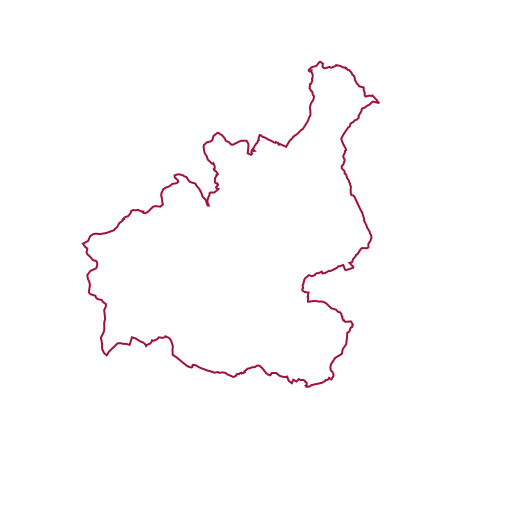 Buciumi, Salaj, Romania, rotated 153°
{"feature_id": "2599482B81271607530384", "entity_name": "Buciumi", "entity_type": "district", "adm_level": 2, "iso_a3": "ROU", "parent_name": "Romania", "parent_adm1": "Salaj", "projection": "mercator", "projection_center": [23.014, 47.038], "detail": "fine", "context": "isolated", "style": "outline", "palette": "rose", "viewbox_px": 512, "rotation_deg": 153, "n_neighbors": 0, "source": "geoboundaries", "source_scale": "gbopen_adm2", "svg_char_len": 6130}
<svg xmlns="http://www.w3.org/2000/svg" viewBox="0 0 512 512"><g transform="rotate(153 256 256)"><path d="M404.6,345.6L404.0,341.3L403.2,340.2L403.1,338.8L405.3,336.3L405.5,334.1L404.1,330.6L403.1,326.2L400.9,324.5L400.5,323.5L401.0,320.9L402.4,319.0L404.0,317.6L410.2,317.9L415.0,315.6L416.2,311.8L416.2,309.0L417.1,305.6L421.2,299.9L421.3,298.1L420.8,297.1L417.1,293.4L417.5,291.7L416.8,289.7L413.5,286.9L413.1,284.1L411.7,281.7L411.8,280.5L412.6,279.3L415.8,276.8L418.9,268.6L421.8,265.1L424.4,259.6L426.3,257.3L431.3,253.6L432.9,247.8L435.3,243.0L435.4,238.4L434.1,235.3L430.3,237.6L419.0,241.0L416.1,239.8L414.9,238.5L411.2,236.3L408.9,234.2L403.4,239.9L400.6,237.1L397.7,232.1L395.6,229.9L394.6,226.7L394.8,225.7L392.9,226.3L390.1,226.0L387.8,227.0L387.0,228.1L385.5,226.9L382.2,226.7L379.4,227.6L376.2,225.4L373.4,225.1L373.1,225.5L370.7,222.5L370.1,219.3L370.9,213.7L373.1,210.1L375.1,205.7L373.0,202.1L367.3,189.1L366.4,188.5L366.4,188.0L365.3,186.9L364.1,186.0L363.2,186.0L361.9,187.7L359.5,186.2L356.6,181.9L350.7,175.4L348.7,174.0L348.1,172.8L347.3,172.6L346.1,170.9L342.6,169.9L342.1,168.8L338.5,167.4L337.2,166.4L335.8,165.0L335.5,163.8L331.0,158.4L327.8,158.4L327.1,159.4L326.5,159.5L324.8,158.4L323.4,158.9L322.1,158.6L322.1,157.8L319.4,157.4L318.7,157.5L318.6,158.5L314.3,159.4L312.5,158.8L310.3,158.7L307.4,157.5L305.2,157.9L303.3,157.2L302.4,156.0L301.3,153.1L300.2,147.4L299.4,145.2L297.4,143.2L295.2,144.6L291.1,142.6L289.7,139.1L288.1,137.1L284.2,134.4L283.2,134.6L283.0,133.5L283.4,131.9L283.4,129.6L281.8,126.4L278.9,128.8L277.0,125.8L273.7,126.8L272.7,125.3L270.4,124.3L269.2,122.8L269.2,121.2L268.4,120.4L268.6,119.4L269.4,118.1L270.5,117.9L270.1,117.4L270.5,116.7L269.7,116.1L267.3,115.4L265.1,115.8L255.1,113.1L251.0,113.3L250.3,113.8L248.4,113.2L247.4,113.3L246.2,114.2L245.0,111.9L241.9,113.5L240.8,114.9L240.5,117.8L241.3,120.2L240.1,123.4L238.3,125.5L231.7,129.3L224.0,129.8L221.0,133.6L215.7,136.5L211.1,143.3L209.6,146.1L207.1,146.3L204.4,149.0L202.3,149.2L201.8,150.4L200.8,150.8L201.2,154.7L206.0,156.6L206.5,157.1L206.6,158.6L207.4,158.8L207.3,161.8L206.6,162.5L206.7,163.9L206.3,165.2L206.6,167.6L208.1,168.8L209.1,171.9L212.7,175.4L214.9,181.8L216.1,183.8L218.5,185.9L220.1,186.5L223.9,189.3L230.4,191.6L228.1,195.9L228.5,196.3L225.8,199.5L228.8,201.7L230.3,204.1L230.1,205.2L228.6,206.1L228.0,208.2L227.1,209.4L226.2,209.7L225.3,211.4L224.5,211.7L224.1,212.6L222.7,213.7L217.4,214.9L215.6,212.8L214.6,212.5L212.2,212.3L211.5,212.9L209.8,213.1L207.8,212.3L204.5,212.2L204.7,210.3L201.9,209.4L197.6,209.7L196.6,208.8L190.0,208.7L187.0,209.4L186.0,208.8L182.3,208.4L182.9,203.4L181.7,202.5L175.1,201.4L174.2,202.1L175.8,207.4L173.1,206.9L170.8,209.2L167.7,210.4L166.3,211.6L164.8,211.5L159.4,214.7L157.8,214.9L154.0,212.7L152.0,212.6L150.3,215.9L147.5,217.3L144.7,219.9L144.0,222.5L144.2,224.5L143.7,226.0L144.1,231.3L143.7,233.0L143.6,239.0L142.9,239.8L141.6,246.8L141.9,248.0L141.4,264.4L142.0,265.8L143.4,267.3L142.8,269.6L140.8,273.5L139.9,274.5L139.9,276.7L139.3,277.9L139.4,280.0L139.0,281.5L139.5,284.1L138.7,287.7L139.6,289.3L138.7,290.9L138.7,292.1L139.6,294.3L139.6,295.6L138.6,297.3L136.7,297.8L133.4,301.2L133.2,304.8L132.7,305.5L129.6,308.1L129.0,309.2L127.5,309.6L127.3,310.6L127.5,316.4L127.0,321.3L126.3,322.2L122.7,324.7L115.7,328.6L113.8,328.8L111.5,331.1L108.1,331.3L106.3,332.1L104.5,331.7L101.6,332.6L100.9,334.4L96.4,337.2L94.7,339.3L92.7,338.8L88.2,339.5L86.8,339.2L81.9,340.6L76.6,336.2L77.3,337.4L77.6,339.8L79.4,346.2L80.2,346.1L82.4,347.5L86.1,348.4L86.1,350.1L84.9,352.3L84.8,354.6L83.6,357.3L87.2,360.5L87.1,362.0L87.8,363.7L87.9,367.6L87.1,370.3L87.0,372.0L87.8,374.1L87.7,376.4L88.4,378.0L88.5,379.3L89.5,379.9L90.0,380.8L90.2,382.3L91.0,382.5L90.9,383.4L92.9,384.6L94.5,387.0L97.9,389.7L98.5,389.1L103.6,389.6L104.7,391.1L108.8,391.8L110.1,392.5L110.7,393.7L110.7,394.5L109.8,396.2L109.0,396.8L110.4,399.7L111.2,400.1L115.9,398.0L120.4,398.9L124.2,398.0L124.9,397.2L124.2,395.9L122.3,396.1L123.0,394.8L123.2,391.6L125.0,388.7L125.6,388.5L126.4,386.5L128.5,384.7L129.5,384.2L129.9,384.5L132.2,381.0L131.9,379.4L132.1,378.3L131.3,376.8L132.1,374.2L132.1,373.3L131.7,372.1L134.1,369.0L136.7,367.7L139.1,365.7L140.9,363.2L141.2,361.7L143.6,356.7L146.3,354.9L148.2,352.9L156.4,348.0L159.3,347.6L163.3,346.1L168.6,345.4L170.0,344.5L174.1,343.2L179.6,339.6L183.7,344.7L185.1,344.7L185.2,345.6L184.7,346.1L186.5,348.5L187.3,348.0L188.5,349.2L190.4,352.1L192.2,354.1L194.1,357.3L196.4,359.7L196.7,361.1L197.8,362.1L200.0,360.0L200.7,359.0L200.7,358.0L202.1,357.8L203.3,356.3L204.9,356.0L208.1,354.1L208.5,353.6L210.2,353.0L210.1,351.8L209.5,350.3L210.3,350.5L211.8,352.0L213.1,350.7L212.9,348.9L214.6,348.5L216.8,351.2L212.4,358.1L211.9,359.7L212.1,363.0L217.3,365.6L226.0,365.6L227.5,366.5L228.4,369.8L230.6,372.3L230.5,375.1L231.4,379.1L232.9,381.1L233.5,382.7L234.4,383.2L239.3,382.3L242.5,378.9L245.2,378.8L247.9,379.6L252.1,378.5L253.1,377.2L254.9,371.7L254.9,369.0L254.6,367.0L255.2,364.0L253.2,358.1L251.8,358.1L252.1,354.6L253.2,352.6L254.1,352.7L254.4,351.6L253.2,349.4L252.7,346.4L254.5,346.1L254.4,345.5L256.8,344.3L258.7,341.5L259.1,339.7L257.7,338.4L257.9,337.8L257.3,337.0L257.7,336.4L260.4,335.4L260.4,334.3L259.1,332.7L264.5,331.5L267.6,333.2L268.8,333.1L269.7,331.6L272.4,329.4L274.5,327.0L275.1,324.5L275.2,322.4L276.0,322.7L276.2,323.3L275.4,328.5L275.5,329.7L276.7,332.7L276.0,337.4L276.2,342.0L277.2,346.0L277.1,347.3L277.3,348.2L281.3,352.0L281.8,353.9L282.1,357.9L283.8,359.6L284.4,361.0L287.1,363.5L289.6,364.5L292.0,364.7L292.8,362.9L291.3,359.2L291.5,357.4L293.6,356.9L297.8,358.2L301.9,357.4L305.2,357.9L308.4,357.6L312.1,354.5L313.0,352.9L314.1,348.9L315.2,346.3L315.3,344.6L315.8,344.0L317.5,343.9L318.7,343.3L322.5,345.8L325.1,346.7L332.5,344.4L335.0,344.4L336.5,345.1L337.2,346.7L336.5,347.0L338.1,348.0L340.3,350.8L342.7,351.4L344.3,352.6L345.8,352.8L347.1,352.6L348.1,351.2L352.1,349.5L354.7,350.1L356.7,349.6L356.9,348.7L358.3,349.1L358.7,348.1L363.0,347.3L366.7,344.7L369.4,344.2L370.5,343.4L379.1,344.5L384.9,346.3L388.4,348.5L391.1,349.4L394.9,348.9L398.8,345.6L404.6,345.6Z" fill="none" stroke="#9f1239" stroke-width="2"/></g></svg>